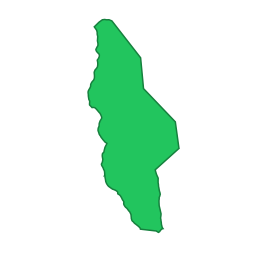 Champen Estate, Anse-la-Raye, Saint Lucia (Robinson projection), rotated 230°
{"feature_id": "8701671B64921834857972", "entity_name": "Champen Estate", "entity_type": "district", "adm_level": 2, "iso_a3": "LCA", "parent_name": "Saint Lucia", "parent_adm1": "Anse-la-Raye", "projection": "robinson", "projection_center": [-61.03, 13.936], "detail": "fine", "context": "isolated", "style": "filled", "palette": "green", "viewbox_px": 256, "rotation_deg": 230, "n_neighbors": 0, "source": "geoboundaries", "source_scale": "gbopen_adm2", "svg_char_len": 3855}
<svg xmlns="http://www.w3.org/2000/svg" viewBox="0 0 256 256"><g transform="rotate(230 128 128)"><path d="M42.5,72.5L31.0,83.4L28.5,84.2L28.4,84.4L28.4,84.5L28.3,85.6L28.6,86.7L28.8,87.6L28.9,88.4L28.9,88.9L28.7,89.4L28.6,89.7L28.4,90.1L28.6,90.1L30.1,90.4L31.5,91.1L32.9,91.8L34.1,92.7L35.5,93.5L37.0,94.5L38.0,95.0L39.1,96.2L40.2,97.4L41.1,98.2L42.7,99.0L44.4,99.9L45.8,100.6L48.4,101.9L50.1,103.2L50.9,103.8L51.4,104.2L52.6,105.2L53.8,106.5L54.5,107.0L55.0,107.7L55.2,108.2L55.6,108.8L56.5,110.1L57.4,110.6L57.7,110.8L57.9,110.9L58.2,111.0L58.9,111.3L59.8,111.7L62.2,113.1L63.7,113.9L65.0,114.9L66.0,115.5L66.4,115.7L66.6,115.8L67.7,116.7L68.4,117.3L69.1,117.9L69.6,118.4L70.3,118.9L71.3,119.2L72.8,119.6L74.1,120.0L75.3,120.5L76.7,121.1L78.3,121.9L78.5,122.0L79.6,154.0L79.9,154.1L102.3,168.2L148.2,165.2L154.7,169.7L173.7,182.8L220.4,184.5L223.2,183.0L224.5,181.3L226.2,179.8L227.4,177.9L227.7,173.8L227.4,170.1L227.2,167.4L227.2,167.2L226.5,167.1L226.0,167.1L225.6,167.1L225.3,167.0L224.6,167.0L224.1,166.9L223.7,167.0L223.3,166.9L222.8,166.6L222.4,166.5L222.0,166.4L221.7,166.2L221.1,165.9L220.8,165.6L220.5,165.4L220.2,165.1L219.7,164.8L219.4,164.5L219.0,164.3L218.5,164.1L217.9,163.8L217.6,163.6L217.2,163.4L216.8,162.9L216.3,162.4L215.7,161.9L214.9,161.0L213.9,160.3L212.9,159.8L211.9,159.2L210.9,158.3L210.4,157.8L210.1,156.8L209.6,155.6L209.2,154.6L208.6,153.7L207.8,153.4L206.7,153.1L205.5,153.2L204.2,153.2L203.3,153.3L202.3,153.0L201.1,151.8L200.7,150.9L200.2,150.0L200.1,149.4L199.8,148.2L199.5,147.9L198.7,147.5L197.5,146.8L196.1,145.7L195.0,144.5L194.3,143.6L194.0,142.3L193.8,141.4L193.7,140.3L193.1,139.1L192.5,138.0L191.6,137.3L190.0,136.2L188.4,134.9L187.4,133.7L186.9,132.8L186.7,131.9L186.6,130.9L186.4,129.9L185.9,128.5L185.4,127.5L185.0,127.1L183.9,126.1L183.3,124.9L183.0,124.2L182.6,123.0L181.9,121.4L181.2,120.5L179.8,119.5L178.2,118.5L178.2,118.3L176.6,117.3L175.1,116.4L174.4,116.2L173.4,116.0L172.3,115.1L171.3,114.1L170.4,113.4L166.7,113.6L166.4,114.2L165.8,114.9L165.3,115.3L164.6,115.7L163.6,115.8L162.5,115.9L161.3,115.9L160.4,115.9L159.5,115.9L158.3,115.9L157.4,116.0L156.8,115.9L155.9,115.7L154.9,115.4L153.9,115.1L153.7,115.0L153.2,114.8L152.8,114.5L152.7,114.3L152.4,114.1L152.2,113.7L151.9,112.8L151.7,112.3L151.4,111.3L150.5,109.7L149.9,108.8L149.8,108.7L149.4,108.3L148.9,107.9L148.1,107.1L147.6,106.3L147.4,105.7L146.7,104.7L146.1,104.1L145.3,103.4L144.3,103.0L143.5,102.7L143.0,102.5L142.5,102.3L141.9,102.0L140.8,101.8L140.2,101.8L139.3,101.7L138.1,101.4L137.3,101.4L136.5,101.4L135.3,101.3L133.9,101.4L132.5,101.3L131.5,101.5L130.5,101.8L130.0,102.0L129.8,102.0L129.6,101.8L129.5,101.4L129.1,100.7L128.7,99.6L128.2,98.4L127.7,97.5L127.1,96.7L126.6,96.0L126.0,95.2L125.3,94.4L125.0,93.8L124.9,93.4L124.9,92.7L124.9,92.3L124.7,91.9L124.3,91.4L123.6,90.7L123.0,90.2L122.5,89.9L121.7,89.4L121.0,89.0L120.3,88.7L119.7,88.0L119.1,87.4L118.6,86.7L118.2,86.2L117.9,85.5L117.6,84.9L117.5,84.5L117.1,84.2L116.4,83.9L115.9,83.7L115.0,83.6L113.9,83.4L113.2,83.2L112.2,82.8L111.5,82.6L110.6,82.5L109.9,82.1L109.1,81.6L107.9,80.7L107.2,80.2L107.0,79.9L107.0,80.1L105.0,78.7L103.9,78.1L102.5,77.3L101.4,76.6L100.0,76.1L98.8,75.8L97.1,75.6L95.8,75.6L94.3,76.0L92.6,76.4L91.0,76.9L89.7,77.7L88.4,78.3L87.4,78.7L86.3,78.9L85.7,78.9L85.1,78.6L84.7,78.2L84.0,77.9L83.5,78.0L83.1,78.2L82.3,78.5L81.0,78.6L79.8,78.4L78.5,78.2L77.2,77.8L76.6,77.7L76.3,77.6L75.6,77.6L74.6,77.5L74.1,77.3L73.8,77.0L73.5,76.8L73.1,76.3L72.4,75.8L71.8,75.6L71.2,75.4L70.3,75.3L69.1,75.2L68.4,75.3L67.5,75.5L66.7,75.5L66.3,75.5L66.1,75.5L65.8,75.5L65.7,75.5L65.4,75.4L64.9,75.4L64.1,75.3L63.4,75.4L62.5,75.4L59.9,74.7L59.6,74.6L59.0,74.1L58.4,73.7L57.5,73.1L56.4,72.3L56.1,72.2L55.0,71.7L53.9,71.5L52.5,71.8L51.2,71.7L50.1,71.9L50.0,72.0L49.4,72.1L46.5,72.7L44.2,73.0L43.0,72.8L42.5,72.5Z" fill="#22c55e" stroke="#15803d" stroke-width="1.5"/></g></svg>